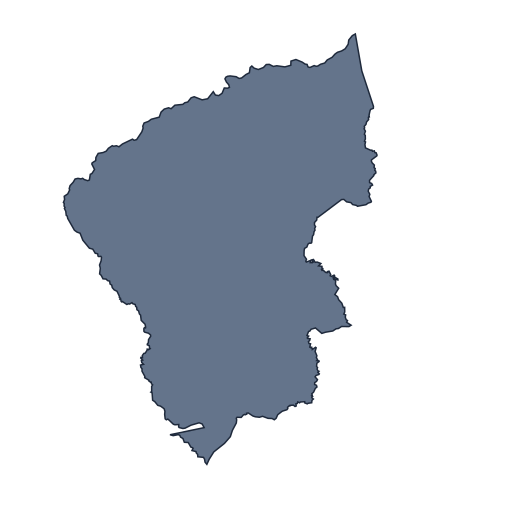 outline of Aripuanã, Mato Grosso, Brazil, rotated 71°
{"feature_id": "56859067B70029021148533", "entity_name": "Aripuanã", "entity_type": "district", "adm_level": 2, "iso_a3": "BRA", "parent_name": "Brazil", "parent_adm1": "Mato Grosso", "projection": "robinson", "projection_center": [-59.67, -10.104], "detail": "fine", "context": "isolated", "style": "filled", "palette": "slate", "viewbox_px": 512, "rotation_deg": 71, "n_neighbors": 0, "source": "geoboundaries", "source_scale": "gbopen_adm2", "svg_char_len": 6093}
<svg xmlns="http://www.w3.org/2000/svg" viewBox="0 0 512 512"><g transform="rotate(71 256 256)"><path d="M303.7,186.7L302.0,188.1L302.5,189.5L303.5,189.5L303.4,190.2L301.5,190.1L301.0,188.4L300.3,188.1L299.5,188.4L299.9,191.2L298.8,192.3L297.9,191.4L294.1,191.9L294.0,193.4L294.7,193.3L295.0,194.0L294.2,195.5L291.3,197.1L291.1,198.3L290.1,198.4L290.2,197.5L289.6,196.9L288.6,197.6L287.3,197.0L285.7,200.1L284.2,197.1L281.6,200.2L281.3,202.1L278.0,202.8L277.8,204.6L280.4,203.9L280.7,204.7L279.9,206.9L278.8,206.0L278.0,206.1L278.1,210.4L277.1,210.6L275.5,209.3L271.3,210.5L266.7,208.8L264.6,207.6L264.1,205.0L261.7,203.0L261.2,201.5L261.8,199.8L261.5,199.0L255.6,196.1L254.6,194.6L251.9,193.2L250.8,191.8L249.1,191.6L247.6,190.1L245.8,190.6L243.4,189.8L241.8,186.9L239.2,185.7L239.6,184.8L230.5,156.7L231.1,154.5L234.3,152.7L236.4,148.9L238.8,147.9L240.9,144.5L242.0,143.9L243.3,135.3L242.5,132.7L242.6,129.8L241.9,129.1L236.6,129.7L234.7,128.3L231.3,128.8L229.4,127.7L228.8,125.8L227.4,125.3L226.9,122.7L225.1,123.0L223.6,124.7L221.4,124.0L218.3,118.4L217.5,118.1L216.5,115.6L214.7,115.2L213.7,115.8L212.1,114.8L210.9,115.6L208.6,114.5L205.6,115.9L203.9,116.0L202.7,115.5L200.7,109.2L200.0,108.7L197.5,108.8L197.0,109.9L195.1,109.9L194.9,111.8L193.7,111.9L193.2,113.3L189.4,117.3L186.0,116.7L183.8,115.3L182.8,116.1L181.0,114.5L177.5,113.4L176.2,113.9L173.6,111.9L170.9,112.4L170.3,111.6L168.6,111.4L167.4,109.2L165.2,107.8L163.7,105.1L161.7,104.7L161.2,104.3L161.4,103.6L159.7,103.3L155.8,100.9L154.7,99.9L154.6,97.0L152.7,96.2L115.4,95.7L78.4,89.8L79.0,93.2L82.0,98.0L85.8,99.9L89.1,104.2L90.0,108.3L89.9,112.6L90.8,115.6L92.9,119.3L93.8,124.8L95.9,128.2L95.7,132.5L96.5,135.8L96.2,137.4L94.9,139.0L95.3,143.4L94.9,144.3L94.1,145.3L91.5,145.3L90.5,147.1L87.7,149.2L83.2,154.3L83.1,159.5L87.0,161.0L86.6,167.1L82.9,174.4L82.4,177.9L79.1,181.1L78.3,184.0L80.2,187.6L80.4,193.1L77.8,196.6L75.0,198.1L75.9,200.2L80.6,202.6L81.1,206.3L83.0,211.7L82.6,214.2L80.0,216.4L77.3,221.9L76.8,224.4L77.1,226.3L78.4,227.7L82.0,227.3L85.2,226.0L87.9,226.2L88.1,228.2L86.8,231.3L91.1,235.1L92.2,239.0L90.6,242.0L86.7,242.9L91.6,250.5L90.8,256.1L85.3,262.6L85.3,265.9L88.2,270.4L87.9,273.4L88.8,275.8L87.0,283.6L89.1,288.3L87.4,290.4L87.2,294.9L89.0,298.9L93.2,302.3L92.6,310.5L93.7,313.9L93.8,318.5L96.4,320.8L98.3,321.1L101.4,323.5L107.1,331.0L106.9,333.6L105.3,334.7L106.6,345.8L108.1,350.0L106.3,352.1L105.9,354.9L104.9,356.0L106.1,360.5L108.1,363.5L108.4,366.8L107.6,371.8L110.7,375.3L113.6,376.5L114.6,380.6L115.6,381.3L121.6,380.5L124.6,384.3L124.8,386.1L129.9,388.8L130.0,390.6L127.8,393.5L126.1,394.6L126.1,396.4L124.6,399.1L124.3,402.0L126.8,404.9L128.9,408.9L131.5,410.7L132.9,410.7L136.0,413.8L137.1,417.9L140.3,418.6L142.7,420.7L143.8,420.2L146.3,421.2L148.0,420.8L148.7,421.7L151.8,421.3L155.8,422.2L156.8,421.5L159.2,421.8L172.5,419.3L175.1,417.5L177.2,414.9L184.7,414.6L194.4,411.0L196.4,408.1L201.1,407.1L202.3,405.0L204.7,405.4L205.4,404.8L205.8,402.8L206.9,402.5L210.1,404.0L213.6,406.9L216.9,407.2L222.0,409.7L223.8,408.7L227.8,408.1L229.0,405.3L231.0,404.3L232.1,402.6L235.0,403.1L236.5,401.9L239.1,402.2L241.9,401.1L244.1,398.9L249.5,398.3L250.7,398.7L251.9,397.9L252.5,398.8L253.6,398.0L255.1,398.3L255.8,397.8L255.6,397.1L259.8,393.9L259.6,392.3L260.3,391.1L259.7,388.5L261.1,388.0L262.5,386.0L264.4,386.2L265.6,385.5L268.0,386.1L269.6,384.9L272.8,385.1L274.3,384.4L279.5,385.5L284.4,383.1L287.3,383.5L288.0,383.9L287.4,384.8L288.2,385.7L290.8,386.5L291.8,386.0L294.0,382.8L296.3,381.4L297.6,381.7L300.0,384.8L303.0,386.1L303.9,387.5L304.6,387.7L306.1,386.1L308.4,386.6L309.1,386.2L309.6,388.1L308.9,388.4L308.7,389.3L309.4,389.4L311.8,392.4L311.6,393.8L313.1,395.9L315.1,396.4L314.4,397.8L314.9,398.2L317.5,397.0L317.5,398.4L319.5,398.7L321.8,397.6L321.5,400.7L323.9,401.1L325.5,400.5L327.8,401.3L333.7,400.3L334.8,400.9L338.6,397.7L339.2,398.0L341.0,396.8L341.1,396.2L342.8,396.4L344.2,395.7L345.3,397.1L350.3,398.8L350.5,399.7L351.6,398.8L358.7,400.7L360.8,399.1L365.2,397.5L366.9,395.1L370.5,392.6L373.3,392.7L375.9,393.9L380.4,394.9L381.7,394.1L381.5,392.5L382.2,392.0L388.2,388.9L389.2,387.6L390.2,383.9L392.4,384.8L393.2,384.5L395.3,381.3L395.7,379.1L394.8,372.5L395.2,364.1L397.3,361.6L401.4,360.9L397.0,395.5L398.9,392.8L399.6,387.7L400.8,386.4L402.7,386.3L404.8,384.5L408.8,384.4L410.3,380.8L415.5,379.8L416.7,378.3L417.4,378.1L419.1,379.9L421.4,376.4L422.8,376.6L424.6,375.8L426.9,376.4L429.3,371.2L431.4,370.8L434.3,371.3L437.0,370.3L432.9,366.4L427.5,359.7L422.9,346.8L418.5,339.1L413.2,335.1L407.5,329.0L404.6,327.6L403.0,327.5L402.3,326.5L403.8,322.5L402.1,319.6L402.1,318.3L402.6,318.0L402.5,316.2L401.6,316.1L401.9,314.4L406.3,311.0L407.8,309.0L409.6,305.2L409.7,302.0L413.4,297.5L414.9,293.7L416.8,292.0L416.0,289.8L413.1,287.1L411.3,281.7L411.4,276.8L410.6,275.6L409.3,275.4L408.5,273.4L408.8,272.8L408.3,272.5L409.2,269.2L411.0,268.1L410.9,266.8L408.8,266.4L408.9,265.0L407.6,264.0L409.0,262.6L408.5,261.6L409.6,257.4L410.7,257.8L412.5,255.7L412.2,254.8L412.9,251.1L410.7,250.1L409.9,248.3L408.4,249.3L407.6,249.3L407.2,248.2L406.1,248.8L405.9,248.1L404.4,248.1L403.5,245.9L400.5,243.0L399.7,241.0L397.9,240.9L396.6,242.4L394.8,241.7L394.3,239.6L392.9,238.1L389.5,239.5L388.5,238.1L388.5,235.1L388.0,234.5L386.2,235.4L385.5,234.0L384.8,234.8L382.8,235.1L381.5,234.1L380.2,234.7L377.2,233.4L376.3,230.7L375.7,230.6L374.7,232.6L374.2,231.6L371.7,232.0L370.1,230.9L365.5,231.2L362.4,229.0L361.7,229.4L362.7,233.2L361.7,232.9L360.4,234.2L360.2,233.5L359.4,234.7L356.8,233.0L356.0,234.4L354.0,234.3L353.4,232.8L351.9,231.8L350.9,233.9L350.2,234.2L348.9,232.3L347.8,233.7L344.5,230.9L344.5,229.5L343.2,227.8L343.4,223.2L350.6,219.0L350.7,215.0L351.9,207.8L350.9,204.0L351.4,201.7L350.5,198.1L353.0,191.1L352.4,188.6L348.2,191.9L346.8,190.5L345.5,191.5L342.9,191.5L340.9,190.4L339.5,191.9L337.8,190.3L333.4,188.9L333.1,190.2L328.6,190.2L324.1,192.1L321.1,192.1L318.1,194.0L313.4,188.3L310.2,189.9L308.4,190.0L305.5,188.8L304.3,189.2L303.7,186.7ZM303.7,186.7L305.0,187.0L305.3,186.3L304.3,186.1L303.7,186.7Z" fill="#64748b" stroke="#1e293b" stroke-width="1.5"/></g></svg>